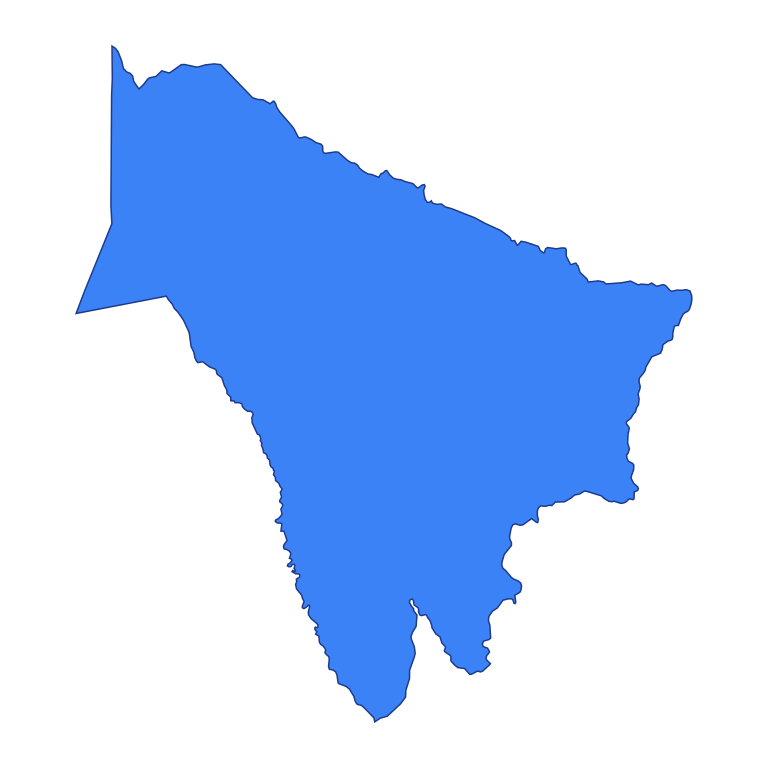 Boquete, Chiriquí, Panama
{"feature_id": "35544464B71515803064888", "entity_name": "Boquete", "entity_type": "district", "adm_level": 2, "iso_a3": "PAN", "parent_name": "Panama", "parent_adm1": "Chiriquí", "projection": "robinson", "projection_center": [-82.389, 8.74], "detail": "fine", "context": "isolated", "style": "filled", "palette": "blue", "viewbox_px": 768, "rotation_deg": 0, "n_neighbors": 0, "source": "geoboundaries", "source_scale": "gbopen_adm2", "svg_char_len": 6099}
<svg xmlns="http://www.w3.org/2000/svg" viewBox="0 0 768 768"><path d="M112.0,46.1L112.3,79.3L111.6,95.2L110.9,205.9L111.9,223.6L84.1,292.3L76.1,313.5L166.3,296.1L168.3,299.5L172.4,304.3L174.1,308.1L178.1,312.4L183.4,320.0L188.3,330.5L189.3,333.3L191.1,346.5L193.9,352.4L194.9,357.8L196.5,361.2L197.9,362.6L202.7,361.7L209.5,366.9L215.0,369.1L216.4,370.6L216.6,372.9L217.3,374.4L221.8,377.7L224.4,385.6L226.8,389.9L227.0,393.5L230.8,397.2L230.7,400.6L231.8,401.0L233.6,400.6L235.1,402.7L239.2,402.7L241.3,403.6L242.1,404.3L242.2,406.1L244.0,408.6L247.6,411.3L250.5,411.3L252.2,412.2L253.1,414.6L251.7,418.1L252.1,419.2L252.1,422.7L257.4,434.1L259.3,434.9L259.8,435.7L260.8,438.6L260.3,440.8L261.8,442.6L261.5,445.4L263.0,449.3L263.6,452.7L265.5,453.5L267.0,455.2L267.4,458.1L269.5,460.0L270.1,465.2L271.4,467.2L272.9,467.9L273.4,470.0L274.4,471.0L273.5,474.8L275.3,477.1L275.6,480.6L278.7,483.1L280.2,486.6L282.2,488.9L280.3,492.4L281.6,497.0L279.6,500.8L280.0,502.1L282.2,503.7L282.7,504.7L282.3,506.7L280.9,509.0L282.1,514.2L278.9,518.3L275.8,519.9L275.2,521.3L277.3,523.0L280.5,523.1L281.9,523.9L280.9,531.1L284.0,531.2L287.0,540.5L284.0,544.7L283.5,546.5L283.7,548.1L284.5,549.1L286.6,549.4L289.4,551.1L290.7,553.2L290.7,554.5L289.4,558.4L291.3,558.9L292.0,560.4L289.9,563.1L287.8,564.4L287.4,565.9L288.7,566.7L290.4,566.7L291.3,566.2L292.1,564.4L294.3,564.4L294.9,565.8L294.0,568.5L295.4,570.0L295.6,571.0L295.0,571.4L292.7,570.5L292.0,571.6L295.4,573.7L298.9,574.0L299.6,574.7L299.8,576.1L299.3,577.3L296.3,579.2L296.7,581.6L295.6,584.4L296.5,588.8L301.7,595.2L302.5,598.4L304.1,601.5L302.4,605.9L302.3,607.5L303.2,608.4L304.2,608.5L306.0,607.5L308.5,605.0L309.5,605.5L309.4,607.6L308.3,611.8L308.5,614.7L310.9,618.5L316.7,623.4L318.0,625.2L317.9,626.6L317.3,627.7L315.5,627.1L314.8,628.0L315.0,629.7L316.9,631.8L315.6,634.1L318.9,636.1L319.4,642.2L320.7,644.4L322.9,645.8L325.0,648.5L325.7,649.9L324.9,652.5L326.2,654.4L329.0,656.8L329.2,660.2L328.5,666.4L329.4,669.3L332.7,669.9L335.5,671.7L336.9,674.6L338.1,682.9L338.9,683.7L346.1,686.4L349.5,689.2L353.9,696.4L355.3,701.4L356.7,703.8L358.0,704.6L361.4,705.3L366.4,710.0L374.0,718.0L374.7,721.9L380.2,718.2L387.3,716.2L400.6,703.8L405.6,697.0L405.8,690.5L409.5,678.6L409.6,670.3L414.3,656.9L415.2,653.3L414.3,646.6L411.4,639.3L411.0,636.6L412.6,632.1L416.1,626.4L417.0,615.1L413.3,610.1L413.7,609.6L413.6,608.7L411.8,606.7L409.4,602.4L409.9,600.3L410.6,599.4L412.5,599.0L413.4,600.8L414.1,604.9L418.4,608.1L418.6,612.0L419.8,614.9L421.5,615.6L425.4,614.6L426.6,615.3L428.0,618.2L430.0,620.5L431.6,625.1L432.1,628.0L435.9,634.0L440.0,636.9L441.9,643.0L445.4,646.6L445.4,647.7L444.4,650.3L444.6,651.6L450.5,655.6L450.9,657.0L450.9,660.8L454.2,664.7L457.8,667.6L464.6,668.5L469.6,674.3L471.6,674.2L477.5,671.1L480.5,671.9L482.4,671.3L489.7,664.7L490.4,663.6L487.0,660.4L485.9,658.4L486.7,655.7L489.4,652.3L489.4,651.4L487.5,648.1L483.2,646.6L482.4,644.0L483.6,641.1L489.1,639.5L490.7,638.0L489.8,624.8L488.5,621.2L488.6,618.1L489.1,616.1L492.5,611.1L497.2,608.1L503.0,600.2L508.0,598.9L511.7,598.8L512.8,599.7L514.0,603.2L515.2,603.6L515.8,602.1L514.8,595.3L519.9,592.2L520.9,590.3L521.6,585.9L520.7,583.1L518.3,581.0L513.4,578.9L511.4,577.4L505.5,570.4L502.8,568.2L501.8,565.1L501.9,562.4L504.2,554.5L511.4,545.5L511.5,542.9L509.9,539.2L509.5,536.9L511.1,528.3L512.7,524.8L515.4,523.9L520.0,525.2L522.6,525.0L531.6,518.6L536.3,522.2L537.7,522.6L538.3,519.5L537.3,515.4L537.4,510.7L538.4,507.9L539.8,506.3L541.3,505.9L545.3,506.3L549.6,505.2L551.8,505.6L555.3,502.1L564.5,501.8L570.8,498.2L574.5,495.1L579.8,493.9L584.4,491.1L586.5,491.3L601.3,495.8L604.2,498.5L609.1,501.4L612.2,501.7L614.1,501.2L620.8,503.4L623.8,502.9L625.9,502.0L629.5,498.7L632.6,499.7L634.0,498.9L634.3,491.8L637.6,490.5L638.4,488.6L637.7,486.9L633.6,483.2L631.1,478.3L631.4,475.9L633.6,469.8L633.8,465.1L632.7,463.5L628.3,461.2L626.9,458.0L626.6,454.8L628.0,453.4L629.4,448.8L627.6,443.0L628.1,433.7L629.3,428.4L628.9,427.1L626.5,423.9L626.4,421.8L630.8,418.3L633.5,413.9L635.5,411.8L636.7,407.4L638.4,405.0L639.1,399.1L638.1,393.9L639.9,388.8L640.2,386.2L639.1,382.4L639.2,378.3L643.5,373.1L645.3,370.1L645.8,367.2L651.8,356.8L660.6,353.1L662.0,349.8L662.7,346.8L662.5,345.8L663.7,344.1L667.8,341.1L670.6,340.3L672.2,339.3L672.8,336.7L672.8,333.4L674.2,326.8L675.0,325.8L678.4,325.4L680.8,318.7L683.1,314.3L684.7,312.8L687.7,311.3L689.4,309.3L691.2,303.8L691.9,299.2L691.6,295.5L690.0,291.0L686.4,289.7L681.9,290.3L677.0,290.1L671.6,291.3L669.9,290.3L665.8,285.8L664.0,284.8L662.5,284.8L656.6,286.3L651.6,283.0L648.5,284.7L641.2,284.1L638.3,284.9L630.6,281.1L621.5,282.8L606.7,283.9L605.6,283.7L603.7,281.9L598.3,280.9L588.3,282.0L587.0,279.0L580.1,272.5L577.9,265.7L576.8,264.9L576.3,263.5L575.1,263.2L571.3,264.6L570.4,264.2L566.3,256.3L566.1,249.3L565.3,248.2L562.0,247.9L556.4,248.8L547.6,247.5L545.6,248.8L544.4,252.5L543.7,252.9L540.3,250.6L538.3,246.4L525.7,242.1L521.1,241.3L518.1,244.8L517.2,245.2L514.6,240.5L512.2,240.9L511.0,240.5L510.6,238.5L509.3,236.9L501.0,230.7L484.5,223.1L475.2,218.0L451.5,208.6L445.2,206.9L441.5,204.0L436.9,204.3L433.8,203.6L432.3,202.8L431.3,200.8L429.8,202.1L427.3,202.4L425.2,199.2L424.1,194.8L423.6,190.4L425.1,186.2L424.3,184.6L422.2,185.0L418.5,187.7L417.0,187.7L412.9,183.6L405.2,181.6L401.0,179.8L396.3,179.2L393.2,178.1L389.6,174.7L386.8,170.5L385.2,170.9L382.9,173.2L381.2,173.5L378.8,177.3L371.7,174.5L368.0,174.0L363.0,171.1L359.4,168.1L357.8,165.5L356.0,163.9L354.4,163.1L351.4,162.8L347.5,160.4L338.1,152.1L335.6,151.9L325.8,153.3L323.9,153.0L322.9,151.6L322.6,146.1L321.1,144.2L316.0,142.6L311.2,139.4L306.3,137.2L304.6,136.9L300.0,138.0L298.4,137.5L294.2,129.2L292.3,126.5L279.6,111.8L276.9,107.6L275.4,103.2L274.0,101.2L273.1,101.2L270.1,103.8L263.1,99.8L257.5,99.4L252.6,97.8L220.6,64.6L214.2,63.9L205.3,64.9L198.1,67.0L196.2,67.0L184.5,64.5L181.3,64.6L170.1,72.6L168.7,72.9L161.8,70.8L155.9,76.5L149.5,77.8L147.8,79.0L143.6,84.4L138.9,89.0L133.7,81.4L132.8,76.7L132.2,75.4L130.1,73.3L126.8,72.0L123.4,68.5L121.7,61.0L118.1,51.8L115.5,48.4L112.0,46.1Z" fill="#3b82f6" stroke="#1e3a8a" stroke-width="1.5"/></svg>